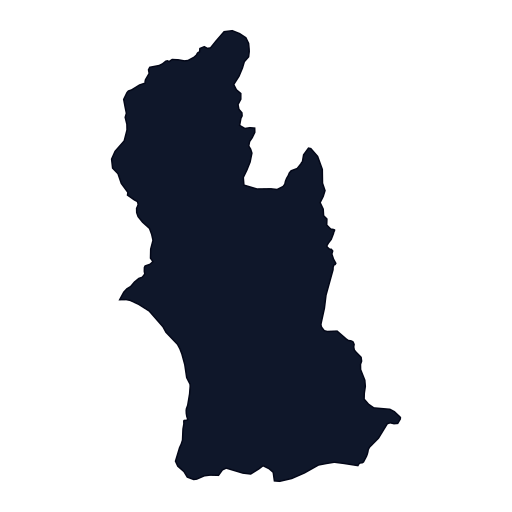 map outline of Manawatu-Wanganui (Mercator projection)
{"feature_id": "NZL-3334", "entity_name": "Manawatu-Wanganui", "entity_type": "Regional Council", "adm_level": 1, "iso_a3": "NZL", "parent_name": "New Zealand", "parent_adm1": "", "projection": "mercator", "projection_center": [175.592, -39.627], "detail": "fine", "context": "isolated", "style": "filled", "palette": "ink", "viewbox_px": 512, "rotation_deg": 0, "n_neighbors": 0, "source": "natural_earth", "source_scale": "10m", "svg_char_len": 3240}
<svg xmlns="http://www.w3.org/2000/svg" viewBox="0 0 512 512"><path d="M175.5,461.2L179.6,447.6L181.2,444.2L182.5,440.2L183.0,428.9L183.8,424.4L183.9,423.4L183.8,422.1L183.8,420.9L184.3,420.4L185.4,420.4L186.8,420.2L187.8,419.5L186.8,416.4L186.3,413.4L186.2,410.5L186.4,408.8L187.7,405.3L189.6,393.9L190.2,386.1L190.0,384.0L189.1,382.3L186.7,377.6L184.8,364.7L181.9,354.0L179.9,348.8L177.5,344.3L166.0,332.3L163.0,326.8L149.2,311.0L138.6,304.3L130.2,300.4L126.3,299.6L119.7,299.7L123.8,292.1L126.9,288.8L130.7,286.5L134.5,282.0L138.9,278.4L142.2,277.3L144.8,274.0L144.3,271.3L144.4,267.5L145.1,266.0L146.7,265.4L150.0,264.3L152.9,261.7L151.8,259.9L150.5,258.2L150.7,249.1L153.0,240.3L151.7,234.4L149.5,228.4L142.6,222.2L138.1,216.6L136.7,212.6L136.6,208.3L137.5,206.4L138.2,204.3L137.4,201.5L134.3,199.9L127.5,195.1L127.9,192.4L121.3,183.4L118.0,173.7L112.6,168.1L111.6,159.1L115.1,151.3L124.2,140.9L127.0,130.0L126.9,124.3L125.2,117.3L126.4,113.3L125.1,106.9L123.7,99.4L127.0,92.6L127.6,91.9L128.4,91.0L131.6,89.9L134.2,88.3L139.5,85.0L145.2,83.1L145.1,81.4L145.5,79.7L149.2,73.4L148.5,69.8L149.8,67.3L159.2,65.5L162.6,63.8L165.8,61.2L167.5,60.8L169.1,61.6L170.5,60.6L172.2,59.5L178.3,59.8L184.4,60.9L188.0,60.5L194.1,57.2L196.6,54.9L197.2,53.5L198.0,52.6L199.6,51.8L199.9,48.5L204.3,46.7L207.4,48.4L210.5,47.9L216.2,40.8L224.1,31.7L232.3,30.7L239.6,33.6L245.9,37.8L248.6,43.4L249.1,49.0L249.2,51.6L248.6,56.8L244.3,61.7L242.4,68.1L239.0,76.2L233.7,84.5L236.4,89.8L240.8,93.5L240.8,99.2L238.0,104.5L238.9,109.3L241.9,112.8L242.1,115.9L240.9,118.3L239.6,125.4L244.9,128.5L249.9,127.7L254.7,128.1L254.8,132.3L252.2,137.7L249.6,141.5L248.7,146.0L250.6,149.1L251.9,153.1L250.1,162.0L246.8,170.2L243.3,177.4L243.9,185.1L257.0,189.0L270.9,188.8L277.1,189.5L283.1,186.5L284.8,184.2L285.5,181.1L286.7,178.2L288.3,175.5L289.3,173.0L291.1,170.8L297.2,168.5L301.2,163.5L301.6,162.5L302.4,161.9L303.6,154.8L308.5,148.1L310.8,148.6L317.6,156.4L322.3,169.4L322.5,183.2L325.0,190.6L323.2,196.4L320.1,202.6L323.2,209.1L323.6,215.7L326.9,219.0L326.7,225.0L329.8,228.2L331.4,229.4L332.8,229.3L333.9,229.7L334.5,229.9L334.5,230.7L333.9,231.7L333.4,233.7L331.2,239.4L328.5,242.9L327.1,245.2L326.8,246.4L327.5,247.3L329.7,249.3L331.3,249.3L332.7,251.0L331.8,254.0L333.5,259.1L335.8,263.3L335.1,264.5L333.9,264.9L333.1,267.2L333.0,269.8L326.0,295.1L324.4,308.2L321.1,323.3L320.9,324.8L321.5,327.1L324.2,330.7L327.3,331.5L337.1,331.1L346.2,339.0L348.3,340.5L350.8,340.8L352.0,341.3L353.1,342.0L354.1,344.4L353.7,347.0L354.3,350.0L356.0,352.1L361.1,357.3L361.6,361.1L360.5,364.3L360.6,369.6L364.8,380.2L365.3,386.4L364.3,393.2L364.1,399.1L368.5,404.2L373.8,407.9L389.9,409.3L394.4,411.7L400.4,417.4L400.3,419.0L397.7,423.4L394.0,423.7L390.2,422.8L387.3,423.7L378.5,438.1L369.5,447.2L368.2,449.7L367.9,451.7L367.3,454.0L366.5,456.2L363.5,461.9L362.4,462.7L360.0,463.0L358.9,463.8L357.9,465.6L343.7,463.4L334.3,462.2L326.3,463.5L318.5,465.0L304.5,472.9L291.7,478.5L279.7,481.3L274.4,480.9L273.2,472.3L269.1,468.7L263.0,465.7L259.0,468.8L250.7,474.0L242.9,473.1L226.2,468.1L222.4,469.9L218.5,475.3L214.4,475.2L210.0,475.1L204.3,475.8L196.7,479.1L193.7,479.5L187.3,477.1L184.0,471.6L177.8,466.2L175.5,461.2Z" fill="#0f172a" stroke="#020617" stroke-width="1.5"/></svg>